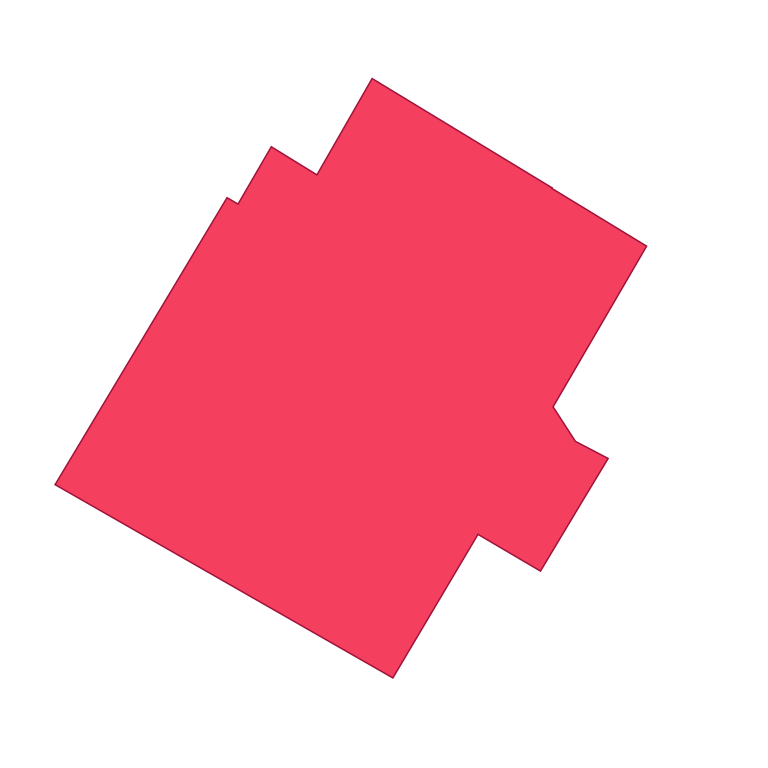 the district of Macon, Illinois, United States of America, rotated 211°
{"feature_id": "52423323B50631899161108", "entity_name": "Macon", "entity_type": "district", "adm_level": 2, "iso_a3": "USA", "parent_name": "United States of America", "parent_adm1": "Illinois", "projection": "albers", "projection_center": [-88.998, 39.854], "detail": "fine", "context": "isolated", "style": "filled", "palette": "rose", "viewbox_px": 768, "rotation_deg": 211, "n_neighbors": 0, "source": "geoboundaries", "source_scale": "gbopen_adm2", "svg_char_len": 387}
<svg xmlns="http://www.w3.org/2000/svg" viewBox="0 0 768 768"><g transform="rotate(211 384 384)"><path d="M614.5,462.9L614.1,128.3L225.0,136.6L226.0,303.5L153.5,304.2L153.6,385.6L153.5,435.6L190.3,433.4L227.3,451.5L229.3,596.1L229.9,637.4L340.8,638.1L340.8,638.7L551.5,639.7L549.2,528.7L602.8,529.3L601.8,463.0L614.5,462.9Z" fill="#f43f5e" stroke="#9f1239" stroke-width="1.5"/></g></svg>